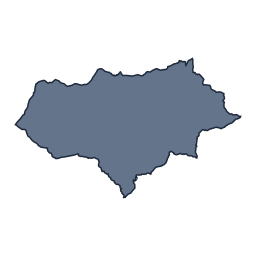 Vintileasca, Vrancea, Romania (orthographic projection)
{"feature_id": "2599482B81122424257494", "entity_name": "Vintileasca", "entity_type": "district", "adm_level": 2, "iso_a3": "ROU", "parent_name": "Romania", "parent_adm1": "Vrancea", "projection": "orthographic", "projection_center": [26.718, 45.626], "detail": "fine", "context": "isolated", "style": "filled", "palette": "slate", "viewbox_px": 256, "rotation_deg": 0, "n_neighbors": 0, "source": "geoboundaries", "source_scale": "gbopen_adm2", "svg_char_len": 5793}
<svg xmlns="http://www.w3.org/2000/svg" viewBox="0 0 256 256"><path d="M123.6,197.5L124.6,197.2L125.3,197.3L125.4,196.9L125.3,196.7L126.4,196.0L127.0,195.2L128.4,194.0L130.6,193.2L132.3,191.0L134.9,188.0L134.7,184.4L133.4,182.4L133.5,181.1L133.4,180.1L134.4,180.1L134.9,180.9L136.3,179.8L135.7,179.1L135.6,177.4L136.9,177.8L136.1,175.6L136.7,175.0L138.3,174.9L139.1,175.2L140.8,174.6L141.2,174.9L142.0,174.2L142.5,174.3L145.8,174.1L146.1,174.0L146.6,173.5L147.2,173.1L148.3,173.0L149.7,173.7L150.0,173.6L150.7,174.1L151.0,173.9L150.9,173.5L151.2,172.8L151.0,172.3L152.4,171.3L155.3,167.8L156.3,167.1L157.0,166.9L161.5,166.0L161.7,165.6L161.9,165.4L162.6,165.4L162.8,165.0L163.9,164.8L165.8,162.9L166.0,162.7L166.0,162.3L166.6,161.4L166.7,160.7L167.1,159.9L167.5,158.3L168.2,157.3L168.7,155.8L169.2,155.2L169.4,154.7L169.1,153.7L169.5,152.5L169.5,152.1L170.0,152.0L170.4,151.7L171.2,151.3L172.6,152.4L173.5,152.7L173.8,153.0L173.7,153.4L173.8,153.7L175.1,154.4L176.0,154.7L176.5,154.6L177.2,154.7L177.6,154.4L178.7,154.1L180.1,153.4L181.1,154.0L182.6,154.4L183.0,154.4L183.8,153.8L184.7,154.3L185.8,154.0L186.5,154.0L186.9,154.2L187.5,155.2L188.0,155.5L189.6,155.8L191.9,155.8L192.6,156.6L193.0,156.8L194.7,156.7L195.9,157.4L196.1,157.8L196.4,157.7L196.8,157.9L197.1,156.7L197.0,155.7L196.0,153.6L195.5,152.4L195.4,151.9L195.5,151.0L195.8,150.2L195.8,147.7L196.8,146.2L195.8,145.4L195.7,145.0L196.3,144.5L196.5,143.9L196.5,142.6L196.9,141.0L196.8,140.1L197.3,138.7L197.0,137.9L197.1,137.5L197.3,137.0L198.2,136.4L198.8,135.8L199.0,135.5L198.9,133.4L200.3,131.9L202.4,129.9L203.0,129.7L203.6,129.7L204.4,130.3L204.8,130.4L205.2,130.4L205.7,129.9L207.0,130.6L207.3,130.6L208.4,130.0L209.8,129.0L210.3,128.8L211.0,129.0L212.4,128.2L213.4,128.2L214.9,127.5L215.7,127.4L216.6,127.1L217.4,127.6L218.8,127.7L219.9,128.2L220.3,128.2L220.8,128.6L221.2,128.7L222.2,128.0L224.6,127.2L225.1,126.5L225.6,126.0L227.2,125.2L227.6,124.7L228.3,124.3L232.1,122.8L233.9,121.2L234.1,120.6L235.0,120.1L235.5,119.4L236.1,119.0L237.3,119.0L240.2,117.5L240.6,116.4L239.5,116.5L236.7,114.6L235.0,114.9L233.3,114.9L231.9,114.0L231.4,113.9L230.4,114.0L229.6,113.9L226.8,111.4L226.3,110.5L226.1,110.0L224.4,107.7L223.9,106.6L224.0,105.1L223.9,104.3L224.0,103.3L224.3,102.8L224.3,102.2L223.1,101.2L223.1,100.9L223.2,100.2L224.1,99.4L224.4,98.2L224.3,97.0L223.7,95.8L223.9,93.7L220.9,92.1L218.7,91.9L216.6,92.3L216.2,92.1L214.6,90.8L212.2,89.8L211.5,89.3L211.0,88.6L210.5,86.6L209.9,85.4L205.4,84.8L203.4,84.8L202.6,82.7L203.8,79.3L202.2,77.3L201.1,76.2L200.7,75.5L198.9,74.1L197.9,74.2L197.4,74.7L195.3,73.4L195.1,72.6L193.1,72.4L192.9,72.1L193.0,71.4L192.7,69.7L192.8,68.6L193.3,67.7L192.8,63.4L192.8,59.7L192.4,58.5L189.1,60.5L188.6,60.5L187.9,61.6L186.9,63.7L186.3,64.6L185.8,65.5L185.6,65.3L185.8,64.0L185.7,63.6L185.4,63.2L185.5,61.8L184.2,61.5L182.6,61.9L182.4,61.8L181.7,61.2L181.3,61.0L180.2,61.5L179.9,61.4L179.8,60.7L179.3,60.6L179.2,60.7L178.8,62.2L178.5,62.7L177.1,63.0L176.7,63.3L176.1,63.5L175.5,63.8L174.1,63.8L172.8,64.6L172.0,65.0L171.6,65.3L169.5,66.2L167.8,66.6L167.7,67.7L167.5,68.1L166.7,69.0L165.5,69.6L164.0,69.5L161.3,70.0L160.5,70.3L158.6,69.4L158.3,69.5L157.5,68.8L155.4,68.9L153.5,70.2L153.1,70.1L152.3,70.4L152.2,70.7L150.5,71.8L149.6,72.0L147.7,71.7L147.0,71.8L146.0,72.6L145.5,73.6L145.3,73.8L143.9,74.5L143.4,75.2L141.7,75.9L137.7,74.7L132.3,76.1L126.5,75.4L123.7,75.5L122.5,75.4L120.9,72.8L120.5,72.0L120.3,71.9L119.7,72.8L118.7,73.8L118.0,74.9L117.7,74.6L117.0,75.0L116.4,74.9L116.1,75.6L115.6,75.8L115.1,75.7L114.6,75.3L114.3,75.3L114.3,75.5L113.7,75.7L113.3,75.2L112.9,75.3L112.7,75.1L112.1,74.8L111.1,73.4L110.6,73.5L109.0,72.2L107.9,72.3L106.5,71.7L105.7,71.6L105.0,71.3L102.5,69.3L101.6,68.8L100.2,68.8L98.2,69.4L97.6,69.8L96.7,71.7L94.6,75.0L93.1,77.0L91.5,80.0L89.8,82.0L87.7,83.8L87.1,84.2L86.1,84.5L84.5,84.4L82.6,85.0L81.3,85.1L79.7,84.8L77.4,84.0L75.4,83.7L74.2,84.0L72.2,85.2L67.3,86.4L65.7,85.3L64.6,84.1L64.0,83.8L60.5,82.7L59.1,81.0L55.4,79.6L53.1,81.5L52.3,82.4L51.2,82.6L50.4,82.4L49.6,82.4L48.3,83.1L46.4,82.1L46.2,81.7L45.6,81.4L45.1,80.8L44.4,80.5L43.0,80.5L39.1,81.7L37.5,82.7L37.3,83.2L35.9,84.1L35.8,85.5L35.4,85.9L35.3,86.8L35.0,88.5L34.8,91.0L34.7,91.6L34.3,92.2L33.6,92.6L33.5,94.6L32.7,96.0L30.3,98.8L29.4,100.0L28.2,103.9L27.8,106.5L27.3,107.9L25.3,110.6L24.8,112.2L24.3,114.5L23.4,114.8L22.4,115.8L21.7,117.2L20.6,118.1L20.6,118.7L19.2,119.9L16.7,122.8L15.4,124.7L16.4,125.1L18.3,126.9L21.9,129.4L22.7,129.5L24.1,129.3L24.6,129.4L25.6,130.1L26.2,130.9L26.6,132.6L26.9,133.5L27.9,136.0L28.2,136.4L29.9,137.4L32.2,140.5L35.3,142.7L36.6,143.1L36.9,143.4L38.1,145.0L38.4,145.6L39.4,146.1L41.1,147.2L41.3,147.2L47.4,148.2L47.3,148.8L47.5,149.7L48.0,151.2L49.5,152.9L51.1,153.2L52.1,155.2L52.1,156.1L53.1,157.1L54.4,157.6L55.1,158.1L55.6,158.3L55.9,158.6L58.0,158.4L61.6,157.2L64.1,157.0L72.5,155.4L75.7,154.6L76.4,154.2L78.4,154.1L78.4,154.9L78.6,155.7L80.3,156.4L82.6,156.4L84.5,157.0L85.9,156.9L86.6,157.3L87.2,157.4L88.1,157.8L88.2,158.3L88.4,158.3L89.1,157.9L90.9,158.2L92.6,158.0L93.7,157.6L94.8,157.6L96.0,158.5L98.0,159.2L98.4,159.9L98.6,160.9L99.0,161.1L99.1,161.7L98.5,165.0L98.7,166.1L99.5,166.9L100.9,167.8L101.2,168.3L101.4,169.7L101.7,170.2L101.7,170.6L102.0,171.3L102.6,171.5L103.5,171.3L104.2,171.4L104.3,172.1L104.7,172.7L105.4,173.2L106.0,173.4L106.9,174.1L108.3,174.0L108.1,175.0L108.5,175.5L108.7,176.5L109.2,177.0L110.7,177.8L110.8,178.0L110.7,178.4L110.8,178.9L111.0,179.3L111.5,179.9L114.1,181.1L114.3,181.4L114.5,181.9L114.4,182.4L115.9,184.0L116.5,184.3L118.1,184.5L119.6,185.4L120.1,186.2L120.2,187.7L120.5,188.1L121.4,188.7L121.2,189.1L120.8,189.4L120.6,189.9L120.9,191.2L121.9,192.2L122.0,192.5L122.0,193.4L123.1,194.4L123.6,194.7L123.9,195.0L124.0,196.6L123.6,197.2L123.6,197.5Z" fill="#64748b" stroke="#1e293b" stroke-width="1.5"/></svg>